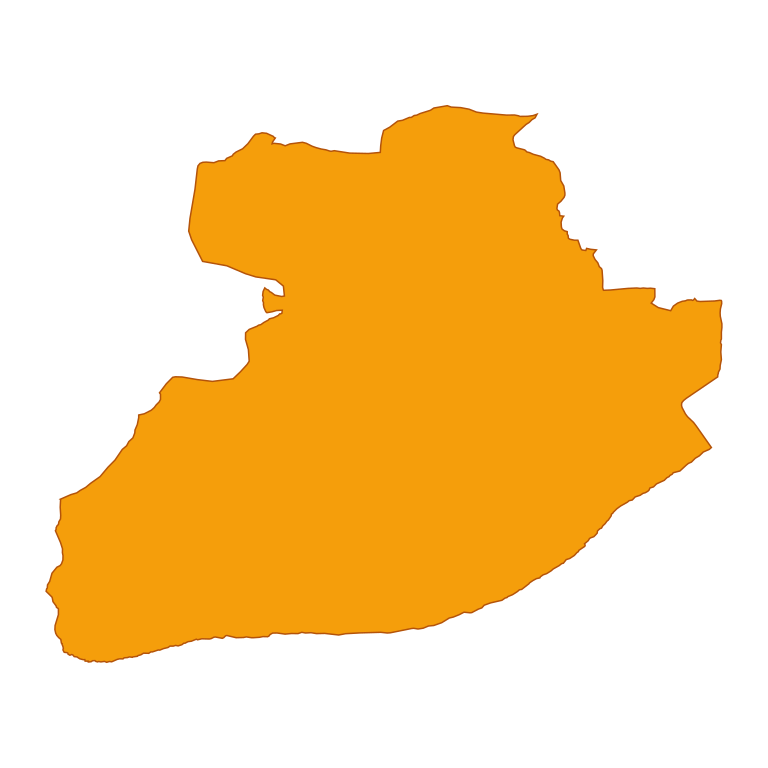 the district of Tsihombe, Androy, Madagascar
{"feature_id": "10022922B95964642483948", "entity_name": "Tsihombe", "entity_type": "district", "adm_level": 2, "iso_a3": "MDG", "parent_name": "Madagascar", "parent_adm1": "Androy", "projection": "mercator", "projection_center": [45.465, -25.344], "detail": "fine", "context": "isolated", "style": "filled", "palette": "amber", "viewbox_px": 768, "rotation_deg": 0, "n_neighbors": 0, "source": "geoboundaries", "source_scale": "gbopen_adm2", "svg_char_len": 6058}
<svg xmlns="http://www.w3.org/2000/svg" viewBox="0 0 768 768"><path d="M46.1,591.3L51.6,596.7L52.2,597.5L53.0,601.7L56.1,605.9L56.5,607.4L58.2,608.5L58.4,609.0L58.4,614.7L55.1,625.5L54.9,629.7L55.7,633.2L56.8,635.4L58.7,637.6L60.8,639.4L61.4,643.1L62.2,643.7L62.0,644.2L63.0,646.7L63.3,648.5L63.0,649.2L63.1,650.3L64.2,652.3L67.2,652.7L67.8,653.1L68.1,654.2L69.9,655.2L71.8,654.5L72.9,655.0L74.2,656.6L76.9,656.9L79.8,658.8L83.3,659.7L84.8,659.6L85.1,661.1L88.3,661.2L88.2,661.9L88.6,662.0L91.2,661.7L92.6,660.7L95.0,660.6L95.8,661.4L97.5,661.9L98.7,661.5L100.9,661.9L104.5,661.4L106.7,662.3L109.3,661.5L111.7,661.8L117.2,659.4L119.7,658.8L123.0,658.9L124.2,657.8L127.4,657.6L129.4,656.9L132.4,657.3L133.0,656.9L137.4,656.3L138.0,655.6L140.9,654.8L143.5,653.2L148.8,653.3L150.8,651.9L152.5,651.9L158.2,650.0L159.8,650.1L163.5,648.6L168.0,647.5L170.0,646.1L173.3,646.1L175.6,645.4L178.1,645.9L181.9,644.7L183.8,643.2L185.1,643.2L187.9,641.7L191.4,641.2L196.3,639.2L197.6,639.8L201.8,638.8L209.4,639.0L211.2,638.6L213.9,637.2L215.4,637.0L222.3,638.3L223.7,637.7L225.6,635.8L226.9,635.5L236.1,637.7L243.6,637.5L246.3,636.9L251.4,637.7L253.5,637.7L259.5,637.3L262.9,636.6L267.7,636.7L269.0,636.0L270.1,634.5L272.6,633.1L277.1,633.0L285.1,634.1L291.5,633.5L298.0,633.6L301.8,632.3L305.4,633.0L311.1,632.7L316.4,633.6L324.6,633.4L338.7,635.0L345.5,633.7L360.0,632.9L380.8,632.3L387.2,633.0L390.3,632.8L411.6,628.5L413.7,628.3L418.0,629.0L423.2,628.2L428.5,626.0L433.8,625.5L441.7,622.7L449.3,618.0L453.2,617.1L459.2,614.7L464.0,612.2L470.1,612.8L471.8,612.6L478.4,609.1L481.8,607.9L484.2,605.2L490.6,602.9L501.9,600.3L505.2,598.0L506.9,597.6L507.9,596.6L512.5,594.7L517.5,591.5L519.4,589.8L521.7,589.4L529.0,583.7L529.5,582.9L533.0,580.5L536.5,578.6L539.8,577.9L540.5,576.7L543.2,574.8L546.7,573.6L551.3,570.7L553.3,568.9L559.2,565.6L561.7,563.6L563.4,563.2L566.2,559.6L569.7,558.5L574.4,555.4L576.9,552.6L578.4,551.6L578.8,550.4L584.7,546.4L585.1,545.7L585.0,544.7L584.5,543.8L588.2,540.7L589.4,538.7L590.4,537.9L593.8,536.7L595.7,534.8L597.2,533.1L597.5,530.9L599.9,528.7L601.5,528.1L602.8,525.8L605.1,523.7L606.9,521.2L608.3,520.1L611.2,515.8L611.4,514.2L612.8,513.2L613.3,512.3L616.8,508.8L620.6,506.0L627.5,502.1L629.1,500.7L632.3,500.0L635.2,496.9L640.1,495.3L643.1,493.3L645.1,492.8L647.8,491.3L649.1,490.0L649.9,488.0L653.5,486.9L656.5,483.9L664.3,480.3L666.9,477.7L669.1,476.6L670.0,475.4L672.1,474.3L673.3,472.7L679.9,471.0L686.4,465.0L688.4,463.4L691.4,462.1L695.3,458.2L699.4,455.8L703.3,452.0L709.4,449.3L711.4,447.5L696.4,426.2L693.6,422.5L687.5,416.7L685.4,413.9L682.0,407.4L681.5,405.2L681.8,402.7L683.6,400.5L686.3,398.3L717.7,376.9L717.8,374.8L718.3,373.5L718.4,372.3L720.0,369.0L720.2,365.4L721.4,359.6L720.8,352.0L721.4,344.6L720.5,342.9L720.9,340.0L721.4,339.1L721.4,332.1L721.9,327.6L721.9,323.8L720.3,316.3L720.1,312.9L720.4,309.0L721.7,303.6L721.6,301.2L721.3,300.5L719.8,300.3L714.6,301.0L700.1,301.5L697.0,301.1L694.7,298.5L693.6,299.9L692.6,300.4L691.4,299.9L687.3,300.0L685.5,300.8L682.2,301.3L677.6,303.1L673.4,306.1L670.7,310.7L658.3,307.6L651.2,303.1L653.9,299.6L654.9,296.9L654.8,288.7L650.5,288.2L647.4,288.4L643.3,288.0L640.2,288.4L636.8,288.0L627.9,288.4L610.6,290.0L603.7,290.3L603.3,290.0L602.6,287.4L602.8,280.6L602.1,270.3L601.5,268.6L599.3,266.7L597.8,262.8L595.0,259.4L593.2,255.7L593.3,253.9L596.4,249.9L590.7,249.3L586.6,248.4L585.8,250.5L582.1,250.0L580.9,248.7L577.9,240.2L574.4,240.2L569.7,239.2L568.4,238.2L568.1,235.4L567.3,234.3L567.2,231.6L564.4,230.8L562.0,229.0L561.4,226.9L561.1,222.2L562.4,218.0L563.7,216.2L559.8,215.7L559.5,212.6L558.9,211.0L557.4,210.0L556.9,208.5L557.6,204.1L561.0,201.2L564.1,197.3L564.9,195.2L564.9,193.0L563.8,186.0L560.7,180.5L560.1,172.8L559.0,169.9L553.2,161.7L550.6,161.1L548.7,159.9L545.8,159.3L544.6,158.3L540.7,156.3L533.3,154.3L529.3,152.5L527.0,152.0L525.0,150.1L524.1,149.7L517.0,147.9L515.3,147.2L514.5,145.7L513.0,139.8L513.4,136.6L514.8,134.7L526.1,124.4L529.1,122.5L531.9,119.7L535.1,117.8L537.0,114.2L533.0,115.6L527.7,116.3L520.1,116.4L518.2,115.7L514.5,115.0L506.6,115.1L483.1,113.1L476.5,112.1L469.1,109.2L460.7,107.6L451.3,107.1L447.3,105.7L433.9,108.0L430.4,110.3L420.2,113.5L416.6,115.2L414.2,115.5L411.3,117.4L409.4,117.4L402.5,120.3L397.7,121.1L389.7,127.2L383.6,130.5L381.7,138.0L380.7,145.8L380.3,152.4L368.4,153.5L349.7,153.1L334.3,150.7L331.0,151.3L329.6,151.0L325.8,149.8L321.1,149.0L316.0,147.6L312.1,146.2L306.3,143.3L302.5,142.3L290.0,143.9L285.2,145.8L280.6,144.0L273.9,143.3L272.1,143.8L272.6,141.9L275.3,138.0L274.3,137.6L273.3,136.4L266.6,133.3L262.0,132.8L259.0,133.8L255.5,134.2L253.4,136.3L247.9,143.7L242.6,148.8L236.1,152.0L233.2,154.3L232.4,155.8L226.6,158.4L225.0,160.6L218.6,160.9L213.9,162.7L206.2,162.1L202.8,162.3L200.0,163.4L198.0,165.8L197.3,169.0L195.0,189.2L190.0,218.3L188.7,231.1L191.6,239.7L202.6,261.4L226.9,265.8L245.5,273.7L255.8,276.9L275.7,279.8L283.4,286.1L284.4,296.0L281.7,296.5L274.8,295.1L271.4,292.5L269.8,291.7L268.3,290.0L266.6,289.4L264.8,287.9L263.1,291.5L262.6,295.4L263.3,297.1L262.7,300.6L263.5,302.7L263.4,304.7L264.0,307.6L265.8,311.7L266.9,312.7L272.0,311.8L276.6,310.5L282.3,310.2L281.9,313.2L280.6,313.9L279.7,313.9L278.2,315.5L273.5,317.8L269.4,318.8L268.4,320.0L263.8,322.5L260.9,324.6L258.5,325.2L257.1,326.2L249.2,329.4L245.6,332.8L245.5,339.4L248.4,349.6L249.2,361.2L247.1,364.5L240.3,371.9L233.1,378.8L212.4,381.4L197.4,379.6L182.2,377.0L175.4,376.8L172.7,377.3L166.3,383.8L159.5,392.8L160.5,394.2L160.5,399.5L159.1,402.0L156.2,404.9L154.3,407.5L151.3,410.2L144.2,413.8L138.7,415.0L138.7,417.6L137.3,424.6L135.0,430.0L134.8,432.9L132.9,437.9L128.9,441.5L126.6,445.8L122.3,449.4L115.0,460.1L107.9,467.3L100.1,476.6L90.6,483.3L85.7,487.4L80.4,490.3L76.7,492.9L70.9,494.6L60.4,499.2L60.6,499.3L60.2,507.2L60.7,515.3L60.5,519.0L58.9,521.7L58.4,524.5L57.1,525.7L56.1,527.8L56.1,529.5L55.4,530.7L60.5,542.5L62.5,548.8L62.4,552.7L63.0,555.6L62.9,560.0L61.5,563.8L60.1,565.6L56.9,567.2L52.0,573.2L49.7,581.4L47.5,584.9L47.3,588.0L46.6,588.9L46.1,591.3Z" fill="#f59e0b" stroke="#b45309" stroke-width="1.5"/></svg>